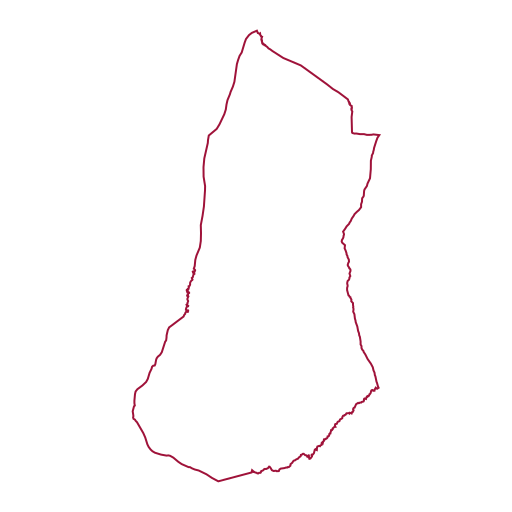 outline of Liwale, Lindi, United Republic of Tanzania
{"feature_id": "72390352B80391364217442", "entity_name": "Liwale", "entity_type": "district", "adm_level": 2, "iso_a3": "TZA", "parent_name": "United Republic of Tanzania", "parent_adm1": "Lindi", "projection": "equal_earth", "projection_center": [38.174, -9.186], "detail": "fine", "context": "isolated", "style": "outline", "palette": "rose", "viewbox_px": 512, "rotation_deg": 0, "n_neighbors": 0, "source": "geoboundaries", "source_scale": "gbopen_adm2", "svg_char_len": 6070}
<svg xmlns="http://www.w3.org/2000/svg" viewBox="0 0 512 512"><path d="M379.3,135.1L373.4,134.4L371.4,134.8L367.0,134.9L363.9,134.1L359.8,134.1L356.2,133.5L354.6,133.6L352.4,133.0L352.0,132.2L351.6,117.0L352.3,111.4L351.6,110.3L351.7,109.3L351.4,109.2L351.4,108.7L351.7,108.7L351.9,108.1L351.9,107.1L351.6,106.7L351.7,106.0L350.1,105.0L349.9,103.3L349.6,103.2L349.4,102.7L349.2,102.9L349.1,102.3L348.7,101.8L347.9,99.4L338.5,92.3L332.9,89.0L327.1,84.4L300.8,65.4L283.3,58.0L272.4,51.0L270.3,49.4L268.5,48.4L267.2,46.9L265.9,46.0L265.3,45.1L264.6,44.7L264.3,45.0L263.6,44.0L263.1,44.3L262.4,43.6L262.4,42.8L262.1,42.7L262.0,40.5L261.9,40.2L261.6,40.4L261.3,39.3L262.0,37.0L261.7,37.0L261.4,36.3L261.1,36.4L260.4,35.2L260.1,33.6L259.6,34.1L258.8,33.3L257.8,33.0L256.9,30.7L251.8,32.9L249.0,35.1L246.0,39.0L244.7,42.5L241.7,52.5L239.6,55.8L238.1,60.0L236.9,64.1L234.4,81.8L232.9,86.6L230.6,91.9L229.9,94.3L227.5,100.1L226.5,104.5L225.8,109.5L224.3,114.2L219.5,124.3L216.7,128.9L208.8,135.5L208.0,140.1L207.8,143.0L204.3,158.4L203.5,167.2L203.6,176.7L205.1,186.1L205.0,190.6L203.9,206.6L202.5,216.1L200.8,225.1L201.0,233.1L200.8,241.0L199.8,247.6L196.5,255.5L195.3,259.9L194.7,266.1L193.8,268.7L194.8,269.6L195.1,270.1L195.1,270.6L194.6,271.5L193.4,271.3L192.8,271.6L193.1,272.7L194.3,273.2L194.4,273.9L193.5,274.4L192.8,277.1L191.8,278.0L192.5,279.6L192.3,280.0L191.4,280.6L190.5,281.9L190.1,282.9L190.1,284.7L189.6,285.8L188.6,286.3L188.9,287.3L188.5,289.0L188.3,289.3L187.7,289.0L187.5,289.4L186.8,289.8L186.7,290.3L186.8,290.7L187.7,291.0L187.8,291.3L187.2,291.9L187.3,292.2L188.1,291.9L189.1,292.5L189.1,293.0L188.2,293.4L188.0,294.6L187.2,295.2L187.1,295.7L187.3,296.0L188.2,296.0L188.4,296.4L187.4,298.7L187.4,299.6L188.1,300.8L188.1,301.4L187.5,302.7L187.5,303.8L186.5,304.7L186.8,305.3L188.2,305.9L188.1,306.3L186.9,306.6L186.1,308.4L185.9,309.8L186.3,310.2L188.1,310.4L188.2,310.8L187.8,311.9L187.1,311.8L186.7,311.5L185.8,312.1L185.2,313.2L185.2,313.8L184.1,315.1L183.6,316.5L168.6,327.8L169.0,327.7L167.8,330.1L166.6,335.3L166.5,337.7L166.1,340.5L165.2,341.6L161.8,352.2L160.1,354.8L157.8,356.7L156.6,358.4L156.1,359.9L155.3,364.2L154.7,365.5L153.2,365.7L152.1,366.7L151.5,368.9L149.6,372.8L147.8,378.9L146.1,382.0L142.4,385.5L137.4,389.2L135.6,391.5L135.0,394.1L134.4,400.7L134.4,403.2L134.8,405.6L134.0,406.3L132.7,411.3L133.2,414.5L133.4,416.1L133.1,417.4L133.5,418.8L134.9,419.6L135.8,421.0L137.0,422.2L143.3,433.1L145.2,437.4L147.4,444.4L148.7,447.0L150.6,449.5L152.4,451.2L154.9,452.7L161.0,454.6L166.5,455.6L168.4,455.4L170.1,455.8L173.3,457.6L178.3,461.8L181.7,464.1L188.5,467.1L189.9,467.1L192.1,468.4L194.8,469.5L198.7,470.5L206.5,474.3L211.9,477.9L218.3,481.3L251.5,472.5L252.1,470.2L253.0,471.0L253.1,471.9L253.7,472.0L254.1,471.8L255.2,472.5L256.7,472.8L257.2,473.3L258.1,473.5L259.1,472.8L260.4,472.8L260.8,472.5L261.1,471.3L261.3,471.0L262.5,470.7L263.5,470.0L264.2,469.1L264.9,468.9L266.1,469.0L267.9,468.2L269.1,466.6L269.6,466.7L270.6,468.0L271.9,470.2L273.0,470.7L273.7,471.0L275.9,470.7L276.7,471.2L278.6,471.1L278.9,471.0L279.4,469.5L280.7,468.6L284.4,468.1L286.1,467.5L287.1,467.6L287.6,467.1L288.8,467.1L290.4,465.7L290.5,464.2L292.3,462.7L293.2,461.2L294.1,460.5L294.9,460.4L296.2,459.4L298.1,458.6L298.8,457.5L300.6,456.3L300.9,454.9L301.8,454.7L302.9,453.8L303.7,453.8L305.2,455.2L306.6,455.4L307.3,456.7L308.5,455.6L308.7,456.0L308.9,455.9L309.0,457.7L309.4,458.8L310.4,458.5L312.0,456.4L312.0,456.0L311.5,455.2L311.7,454.6L312.9,454.5L313.9,453.2L314.8,449.7L315.4,449.2L315.8,449.7L316.8,450.1L317.0,447.6L317.4,446.5L319.1,445.9L320.0,446.2L320.5,445.4L321.7,444.8L321.6,443.1L322.3,442.3L322.8,443.0L323.2,441.5L324.0,440.8L323.9,439.5L324.1,439.2L325.4,439.3L325.8,438.7L326.5,438.6L327.3,437.8L327.6,436.4L328.3,436.4L329.1,435.7L329.3,434.0L330.4,433.5L330.3,432.6L330.8,431.9L331.1,430.1L332.0,430.1L332.8,429.0L332.6,428.5L332.8,428.3L334.5,426.8L335.4,426.8L334.9,425.2L335.3,424.1L336.8,423.8L337.5,422.1L337.9,421.7L339.4,421.2L340.0,419.5L342.2,418.3L342.4,417.0L343.0,415.9L343.4,415.6L344.3,415.6L344.7,415.0L345.6,414.7L346.5,413.3L348.8,413.2L349.2,412.9L349.5,413.4L349.8,413.0L350.4,412.9L351.6,413.5L352.0,412.4L352.5,412.2L352.4,411.8L353.3,411.0L353.6,410.2L353.1,409.5L353.3,408.4L354.0,407.7L354.6,407.6L356.1,404.2L358.1,402.9L358.5,403.2L359.2,403.1L360.1,402.5L361.3,402.5L361.8,401.9L363.5,401.5L364.0,400.6L363.9,399.6L364.2,398.7L364.5,398.5L366.0,399.0L366.4,397.4L366.9,396.6L367.3,396.8L367.8,396.0L368.5,396.2L369.2,395.2L369.4,394.3L370.0,394.0L370.7,392.9L371.1,391.0L371.6,390.8L371.7,390.2L372.4,390.0L373.6,390.8L374.5,390.7L374.6,389.6L375.7,387.8L376.2,388.5L376.7,388.3L377.2,388.7L378.6,387.8L377.9,386.2L377.0,382.9L376.5,381.7L375.4,376.3L374.9,375.3L374.5,372.6L373.5,370.4L372.8,367.3L370.9,363.7L367.6,359.0L365.3,354.4L363.7,352.0L363.4,350.9L362.2,349.6L361.5,348.0L361.5,346.1L360.6,344.5L360.6,341.5L359.9,336.9L359.2,335.2L359.0,333.3L358.1,330.9L357.3,326.5L355.7,322.1L355.5,320.5L354.9,318.5L354.4,314.2L353.2,311.7L353.5,309.6L353.4,308.2L353.1,307.5L353.3,306.7L353.0,305.0L353.0,303.1L351.3,301.3L351.4,299.5L350.5,298.0L350.4,297.2L349.6,296.8L349.1,295.7L348.5,295.4L347.1,290.1L347.1,287.9L347.6,286.2L347.6,285.1L347.2,283.8L347.3,282.3L347.7,280.9L348.9,279.8L349.4,278.6L349.4,277.5L350.3,276.1L349.5,273.5L350.5,270.9L350.4,269.5L350.1,269.0L349.3,268.4L349.3,267.8L348.0,265.9L347.7,265.0L348.3,262.9L349.0,261.7L348.8,259.5L347.6,257.3L347.4,255.9L346.6,254.5L346.5,253.2L345.6,250.5L344.6,248.3L345.0,245.2L342.2,242.7L341.7,241.6L341.9,240.1L343.0,238.3L343.5,236.9L343.5,236.0L344.0,234.6L343.9,233.7L343.1,231.6L345.2,228.7L346.6,226.4L349.2,223.7L349.6,222.5L350.6,221.3L351.8,218.5L353.8,215.6L354.5,214.2L356.9,211.8L358.9,210.1L361.1,207.2L361.1,204.2L362.0,201.7L362.1,198.9L362.2,198.2L363.5,196.5L363.8,195.5L364.1,191.0L364.5,189.5L366.9,186.0L367.5,183.6L370.0,178.3L370.8,169.2L370.9,160.6L371.8,156.7L371.8,155.5L373.1,153.0L373.2,151.8L373.8,149.8L374.0,148.2L376.2,141.2L377.5,137.7L379.3,135.1Z" fill="none" stroke="#9f1239" stroke-width="2"/></svg>